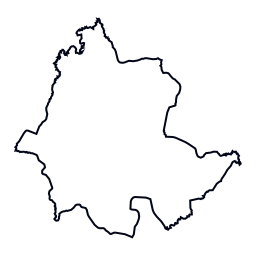 Mueang Sakon Nakhon, Sakon Nakhon, Thailand
{"feature_id": "78962969B18932454885431", "entity_name": "Mueang Sakon Nakhon", "entity_type": "district", "adm_level": 2, "iso_a3": "THA", "parent_name": "Thailand", "parent_adm1": "Sakon Nakhon", "projection": "mercator", "projection_center": [104.081, 17.195], "detail": "fine", "context": "isolated", "style": "outline", "palette": "ink", "viewbox_px": 256, "rotation_deg": 0, "n_neighbors": 0, "source": "geoboundaries", "source_scale": "gbopen_adm2", "svg_char_len": 5651}
<svg xmlns="http://www.w3.org/2000/svg" viewBox="0 0 256 256"><path d="M239.7,164.6L240.6,163.8L240.6,163.3L240.1,162.1L238.7,161.3L239.1,160.2L239.0,159.4L238.2,158.9L238.3,156.8L239.0,155.8L237.9,154.6L237.7,153.6L237.1,153.4L236.7,153.8L236.4,153.4L236.5,152.7L236.0,151.7L235.2,151.7L234.8,152.1L234.2,151.8L233.2,151.8L232.5,151.1L231.8,152.6L232.0,153.2L231.2,153.2L230.9,154.4L229.3,154.1L228.5,153.6L228.2,154.1L227.1,154.4L226.7,153.6L226.0,153.6L225.7,154.0L226.2,154.8L225.9,155.4L224.8,154.3L224.3,155.0L223.8,155.0L223.4,154.6L223.0,155.2L220.9,155.9L219.6,155.1L219.0,153.9L218.3,153.5L217.0,151.8L213.4,151.7L210.7,152.6L206.1,153.1L204.1,155.1L203.6,156.4L200.7,157.7L198.2,156.6L197.6,156.0L196.5,153.4L195.7,149.5L195.0,148.3L188.6,144.0L185.2,142.0L175.3,137.6L172.7,137.0L165.9,136.7L165.8,135.1L164.5,134.1L164.6,132.5L163.8,131.7L164.1,130.6L163.8,130.3L167.3,112.4L169.4,107.3L175.1,105.6L175.6,105.1L175.3,103.9L176.0,102.4L176.1,99.3L176.7,96.1L179.2,92.8L180.2,89.3L180.4,86.9L179.6,84.2L174.7,79.3L173.4,78.8L171.8,77.4L168.5,73.3L166.0,72.7L163.3,73.0L161.7,70.0L161.4,67.1L161.0,66.1L160.4,65.7L161.4,64.4L161.1,62.4L161.7,60.1L159.5,59.4L158.0,58.2L156.3,59.0L152.9,59.2L146.6,58.2L144.5,58.3L143.5,58.8L141.9,58.7L140.1,59.6L137.1,60.6L133.2,61.2L128.9,60.8L124.4,62.5L122.6,62.8L120.1,62.5L118.8,61.6L118.1,60.5L117.6,59.1L115.7,51.4L114.8,49.3L112.7,47.1L112.8,46.1L111.6,42.2L108.8,40.3L108.6,39.8L108.9,39.6L108.8,38.8L108.2,38.8L107.3,38.1L107.5,37.5L107.0,37.6L106.3,37.1L105.8,37.3L105.6,36.5L104.7,36.1L105.1,34.8L103.7,32.0L104.2,30.9L103.4,29.5L103.6,29.1L101.9,26.5L101.8,25.4L102.5,25.1L102.4,24.5L100.1,23.1L99.6,20.0L98.9,18.8L98.0,19.1L97.3,18.9L98.0,20.7L97.8,21.0L96.9,21.2L97.4,22.2L95.6,22.9L96.3,24.7L94.5,26.2L92.9,27.0L92.8,27.6L93.3,28.1L93.3,28.9L90.1,27.0L88.5,27.9L87.3,28.0L86.4,26.8L85.7,27.7L85.1,27.3L84.9,28.3L84.5,28.7L82.6,28.1L82.1,28.2L82.6,29.3L82.2,30.1L80.9,30.0L80.1,30.4L79.9,29.3L79.6,29.3L77.5,31.2L76.6,32.5L76.5,33.2L77.4,34.3L77.6,35.4L81.3,34.5L81.6,38.4L80.0,40.6L80.2,43.2L81.0,43.7L83.3,42.9L84.1,43.1L83.7,45.8L81.7,46.1L81.6,47.4L82.8,47.9L81.5,48.3L79.9,50.3L80.0,52.2L80.9,51.6L81.6,52.2L82.4,51.7L81.7,53.0L80.7,53.6L79.1,53.8L77.3,52.7L76.0,52.9L75.7,51.2L76.2,49.4L76.1,48.8L74.9,47.2L73.4,46.2L72.0,46.3L70.6,47.1L69.5,49.2L67.9,51.0L67.9,51.7L68.4,53.2L68.1,53.3L66.8,52.6L66.5,53.6L66.6,54.6L65.9,54.0L65.6,55.0L65.1,55.0L64.0,53.1L64.5,51.5L63.0,49.8L62.5,49.8L62.6,50.5L60.6,51.0L61.0,52.4L60.1,52.1L59.7,52.4L58.9,54.2L59.5,54.5L59.5,55.3L57.9,56.8L60.1,56.7L60.3,57.1L60.0,57.9L59.4,58.7L58.7,58.0L57.9,58.4L57.4,60.1L57.0,60.1L57.2,60.8L56.8,60.3L56.6,60.6L56.8,61.1L56.3,62.2L55.6,61.9L54.7,63.1L54.1,63.1L53.9,63.4L55.0,64.1L55.3,64.9L56.1,64.9L55.6,65.8L55.5,67.0L56.4,67.3L56.8,68.0L56.2,69.7L57.8,69.7L58.3,71.1L59.2,71.5L59.5,72.0L60.0,71.7L59.8,71.9L60.1,72.1L59.7,72.9L59.9,73.6L59.6,73.6L59.8,75.4L59.4,75.4L59.1,76.3L58.5,76.7L57.7,76.5L58.0,77.2L57.4,77.4L57.4,78.1L57.0,78.0L56.2,78.8L55.5,78.8L55.0,79.4L55.6,80.3L54.6,81.2L55.2,82.5L54.6,82.7L52.4,85.7L52.6,86.6L52.2,87.9L52.2,89.9L53.0,92.6L52.1,93.7L52.6,94.1L52.5,94.8L51.1,97.1L50.8,98.7L50.2,99.2L49.8,99.1L49.7,100.0L49.4,100.1L49.5,101.3L48.0,103.4L48.0,104.2L46.3,107.7L46.3,110.1L47.3,114.1L46.2,119.1L45.0,120.6L42.5,122.2L41.1,124.5L39.3,126.4L36.4,133.9L27.9,130.6L26.7,130.5L25.7,131.0L23.9,133.2L19.1,141.4L16.8,143.8L17.0,145.4L15.4,147.1L16.2,147.7L16.3,149.1L15.8,149.4L15.5,150.6L16.6,150.3L17.2,151.1L18.6,151.0L20.0,152.1L20.9,151.7L21.8,152.0L23.5,151.7L24.7,151.9L25.3,152.4L26.4,151.9L27.3,152.7L27.8,152.3L28.4,152.8L29.7,152.5L30.7,153.2L32.3,153.2L36.5,154.9L37.2,155.8L38.8,160.3L44.3,164.4L45.0,167.4L42.2,170.6L42.1,173.0L42.9,174.0L45.9,174.9L49.2,179.0L52.2,187.6L52.2,188.5L49.4,191.2L48.9,193.6L49.8,196.5L49.5,198.3L49.7,199.2L50.3,199.9L52.1,200.3L53.1,201.9L54.3,202.7L55.2,203.9L55.2,205.9L54.7,206.0L54.7,206.4L55.4,207.0L55.7,208.3L55.3,208.4L55.6,209.2L55.1,209.8L55.6,210.8L55.5,212.7L54.7,213.5L55.3,214.9L55.9,215.5L56.1,216.9L55.5,217.2L55.3,218.0L54.4,219.0L55.5,220.3L56.4,220.7L58.2,220.3L59.1,218.2L58.9,216.9L59.5,215.6L59.3,213.9L61.6,212.0L63.7,211.3L64.8,211.3L66.2,210.6L67.3,210.9L71.1,209.9L73.9,207.5L75.6,205.2L77.1,204.6L79.6,204.6L80.3,205.1L80.8,206.3L81.7,207.1L85.6,208.0L86.8,209.9L87.9,214.8L89.0,216.8L94.6,224.8L97.7,227.5L99.4,228.2L103.6,228.2L104.6,228.9L106.0,230.6L107.8,231.7L110.2,233.9L111.0,234.0L114.3,232.6L115.8,232.7L124.9,234.2L132.2,237.2L133.8,234.4L134.8,226.8L137.0,223.8L138.7,219.3L139.2,216.4L138.6,212.7L137.3,210.8L135.6,209.9L131.5,209.5L130.4,208.8L130.8,201.5L131.5,199.4L133.3,197.5L135.0,197.0L145.9,197.6L150.4,199.1L152.7,209.8L153.9,212.8L156.8,216.7L161.1,221.2L164.4,225.9L165.4,228.4L165.7,228.6L166.1,227.5L167.0,227.3L167.1,229.2L168.1,229.7L169.4,228.2L170.9,227.8L170.0,226.1L170.6,225.2L171.4,224.9L174.0,225.6L174.5,225.1L175.2,223.0L175.6,222.9L176.1,223.6L176.6,223.7L177.7,223.1L177.6,220.9L178.1,219.6L178.7,219.0L179.6,219.6L180.3,219.4L180.8,217.2L183.4,218.7L185.4,218.7L187.1,217.4L187.3,216.2L188.6,216.6L189.2,216.4L189.2,214.9L189.6,214.5L191.8,214.5L191.8,212.7L191.4,212.0L191.8,210.5L190.8,209.2L190.4,207.9L190.2,200.5L198.8,198.6L200.9,199.1L201.3,198.5L202.8,198.5L204.1,197.2L203.1,195.9L204.3,195.7L205.3,193.4L206.8,191.7L207.7,191.9L208.5,190.8L209.6,190.3L212.7,190.2L216.8,183.7L219.7,181.5L221.1,181.1L221.4,179.3L225.2,173.7L227.2,170.0L230.8,165.9L232.4,162.4L233.2,161.7L234.6,161.1L234.7,161.4L235.7,161.5L235.8,162.3L236.4,162.9L237.9,162.7L238.3,162.0L238.8,162.8L238.8,163.5L239.6,163.8L239.7,164.6Z" fill="none" stroke="#020617" stroke-width="2"/></svg>